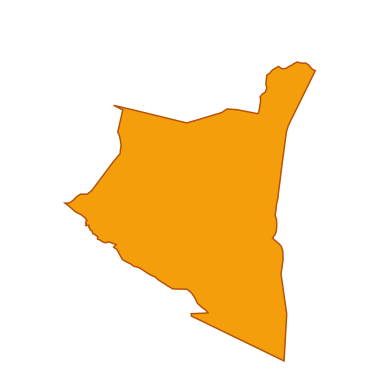 the district of San Juan Diuxi, Oaxaca, Mexico, rotated 191°
{"feature_id": "50627088B33658307136854", "entity_name": "San Juan Diuxi", "entity_type": "district", "adm_level": 2, "iso_a3": "MEX", "parent_name": "Mexico", "parent_adm1": "Oaxaca", "projection": "albers", "projection_center": [-97.381, 17.274], "detail": "fine", "context": "isolated", "style": "filled", "palette": "amber", "viewbox_px": 384, "rotation_deg": 191, "n_neighbors": 0, "source": "geoboundaries", "source_scale": "gbopen_adm2", "svg_char_len": 1835}
<svg xmlns="http://www.w3.org/2000/svg" viewBox="0 0 384 384"><g transform="rotate(191 192 192)"><path d="M89.0,128.5L89.7,143.0L91.6,151.3L93.9,155.5L96.0,157.3L104.3,162.1L102.1,166.7L101.9,170.8L102.5,175.6L103.9,181.4L106.0,184.9L106.1,190.3L106.7,195.2L106.5,202.1L106.7,203.7L108.9,236.8L110.8,269.1L110.1,275.6L108.6,281.3L94.1,334.7L96.0,335.0L98.1,335.9L101.6,338.9L105.1,340.3L108.0,339.5L111.1,339.4L113.5,339.7L116.8,337.1L118.1,335.6L120.1,334.3L123.6,331.1L127.2,330.1L131.1,331.8L136.4,327.1L138.4,323.5L140.9,320.9L140.0,311.8L138.3,308.2L139.3,303.8L141.6,301.5L143.3,298.5L142.2,295.6L141.9,292.4L141.8,289.0L141.7,284.0L142.2,281.4L163.3,281.4L173.4,280.2L178.1,275.6L188.7,270.0L200.1,264.0L210.4,258.8L232.5,259.8L264.3,261.3L285.5,262.1L275.6,259.4L276.3,236.6L274.0,233.5L272.3,229.4L270.5,224.3L270.3,220.0L269.9,215.9L275.3,206.1L290.4,174.8L294.4,169.9L301.0,168.6L304.0,165.7L307.2,161.1L310.3,157.8L314.6,156.8L310.7,155.0L306.9,152.8L302.6,150.3L296.6,148.6L292.5,146.5L289.6,144.1L290.1,143.5L290.6,142.4L290.5,141.3L289.7,140.7L289.9,139.6L290.0,138.8L289.4,138.7L287.9,139.6L286.8,139.6L286.5,138.8L286.6,137.7L285.4,136.8L284.5,135.2L283.5,134.9L282.9,134.9L282.4,134.5L281.8,132.7L281.2,132.1L280.0,132.0L279.2,131.6L278.2,131.2L277.2,130.8L276.4,130.3L275.8,129.9L275.9,129.5L276.0,128.4L275.7,127.7L274.1,127.6L273.0,127.1L272.4,126.9L269.9,126.0L268.5,125.7L266.6,125.8L264.7,127.2L256.5,125.9L258.4,122.8L254.6,121.2L251.2,116.9L247.4,112.4L242.7,110.8L238.8,109.8L235.0,108.0L230.1,107.7L226.7,106.6L221.6,104.4L217.0,102.7L212.0,101.6L208.3,99.3L201.6,96.7L197.5,95.0L192.1,93.2L183.7,94.7L178.4,95.6L173.5,93.1L169.0,88.7L165.4,83.7L160.0,80.5L155.4,78.4L153.4,76.5L155.9,75.6L169.6,72.4L168.9,70.1L69.4,43.7L75.7,90.2L89.0,128.5Z" fill="#f59e0b" stroke="#b45309" stroke-width="1.5"/></g></svg>